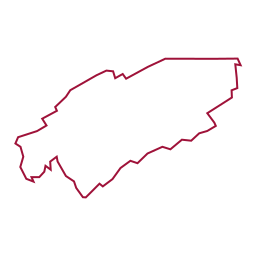 Hawkins, Tennessee, United States of America (Robinson projection)
{"feature_id": "52423323B16359627496109", "entity_name": "Hawkins", "entity_type": "district", "adm_level": 2, "iso_a3": "USA", "parent_name": "United States of America", "parent_adm1": "Tennessee", "projection": "robinson", "projection_center": [-82.986, 36.418], "detail": "fine", "context": "isolated", "style": "outline", "palette": "rose", "viewbox_px": 256, "rotation_deg": 0, "n_neighbors": 0, "source": "geoboundaries", "source_scale": "gbopen_adm2", "svg_char_len": 810}
<svg xmlns="http://www.w3.org/2000/svg" viewBox="0 0 256 256"><path d="M18.1,137.2L15.4,143.5L20.5,146.8L23.3,156.7L20.3,167.0L26.3,178.8L33.5,181.6L31.5,177.1L39.3,177.1L44.3,171.7L45.5,165.8L50.7,169.7L50.2,161.6L56.7,156.7L57.6,161.5L65.9,176.0L74.0,181.4L76.2,187.9L82.9,197.2L85.8,197.4L99.5,183.7L102.8,186.4L112.5,179.1L120.5,168.0L130.4,160.8L137.5,163.2L147.5,153.5L162.4,146.8L170.4,149.3L181.9,139.7L191.2,140.7L199.2,133.3L207.2,131.0L215.8,125.9L214.3,122.6L207.3,113.2L231.9,97.5L231.6,90.3L237.3,88.1L236.7,77.8L235.3,64.3L240.6,65.2L237.6,58.6L214.5,58.8L209.3,58.8L165.3,58.7L147.8,66.9L126.1,78.7L122.7,74.0L115.2,78.2L113.1,71.3L106.4,70.6L96.6,75.2L70.3,90.2L65.9,96.8L55.2,107.0L56.9,110.8L42.2,118.7L46.5,125.5L37.0,131.1L18.1,137.2Z" fill="none" stroke="#9f1239" stroke-width="2"/></svg>